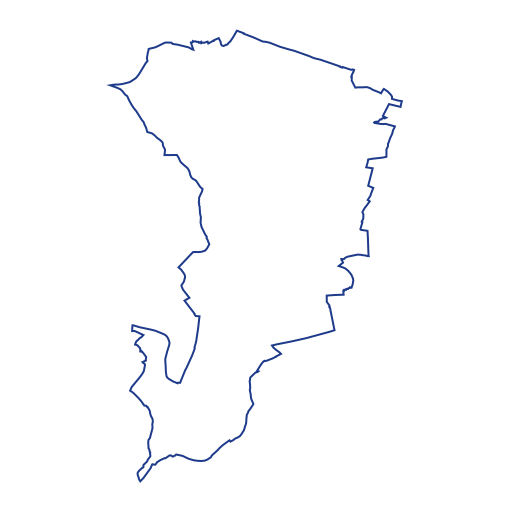 Ludus, Mures, Romania
{"feature_id": "2599482B95815218754215", "entity_name": "Ludus", "entity_type": "district", "adm_level": 2, "iso_a3": "ROU", "parent_name": "Romania", "parent_adm1": "Mures", "projection": "equal_earth", "projection_center": [24.067, 46.481], "detail": "fine", "context": "isolated", "style": "outline", "palette": "blue", "viewbox_px": 512, "rotation_deg": 0, "n_neighbors": 0, "source": "geoboundaries", "source_scale": "gbopen_adm2", "svg_char_len": 5994}
<svg xmlns="http://www.w3.org/2000/svg" viewBox="0 0 512 512"><path d="M258.4,371.3L257.1,370.8L261.0,364.5L263.3,361.6L264.4,360.8L264.8,361.1L266.2,360.9L272.2,358.6L276.0,356.7L275.9,356.5L281.0,353.9L279.7,352.5L275.7,349.6L273.5,347.6L272.0,345.5L277.0,344.3L291.2,341.5L306.0,338.2L329.9,331.7L334.5,330.2L330.6,310.9L330.1,308.2L329.7,307.8L329.9,307.6L329.4,306.7L329.6,306.6L329.4,305.4L326.8,301.9L326.7,295.6L334.7,295.0L343.6,294.7L343.3,290.8L344.1,290.8L344.1,289.9L345.8,289.9L345.8,289.4L346.3,289.3L346.4,288.9L348.1,289.0L348.4,288.2L349.8,288.0L350.0,287.3L351.5,287.7L352.7,284.2L353.3,280.6L352.9,278.3L351.3,274.6L348.4,271.0L345.7,268.7L343.4,267.6L338.7,266.0L343.0,262.7L341.9,260.1L341.4,259.8L341.3,259.0L343.7,259.1L344.3,258.8L345.0,257.9L347.5,256.7L357.6,254.6L361.0,254.8L362.7,255.2L365.0,255.4L367.7,256.1L368.7,256.1L368.5,255.3L367.9,237.7L367.5,230.8L361.1,229.9L360.4,229.4L360.4,229.2L362.4,222.2L361.7,221.8L361.7,221.5L363.1,219.2L363.3,217.9L363.4,214.6L363.1,213.6L362.5,212.6L362.6,211.6L364.7,208.0L366.6,205.6L369.7,201.3L367.7,200.0L370.5,195.6L371.0,193.8L373.3,187.9L368.2,185.8L372.7,168.3L366.2,167.3L367.5,163.0L368.2,159.5L371.9,158.8L382.7,157.6L386.4,156.8L386.5,149.2L387.7,146.9L388.0,145.9L388.0,143.7L388.6,142.6L390.1,138.2L392.1,134.0L393.1,130.2L394.4,127.7L394.9,126.4L385.7,123.9L382.4,124.1L379.7,123.8L374.4,122.9L374.1,122.5L374.8,122.0L375.3,122.0L375.9,121.7L376.7,122.1L377.2,121.6L378.1,121.7L380.2,119.4L381.5,119.4L382.5,118.2L383.3,118.0L384.6,118.4L386.1,117.7L384.6,117.0L382.9,115.9L389.0,104.1L400.5,106.9L401.8,101.1L398.2,100.6L392.0,98.9L392.0,96.6L390.8,94.7L387.8,91.6L383.9,88.9L383.3,89.5L381.0,93.3L378.8,92.2L372.7,89.8L370.6,88.4L367.7,87.3L365.8,87.1L363.4,87.3L358.6,87.3L355.3,87.6L351.7,80.5L351.8,76.8L351.3,76.7L352.2,74.1L352.7,73.3L353.3,72.1L353.3,71.7L353.6,71.4L354.1,69.9L353.9,69.8L352.2,69.4L351.8,69.7L351.1,69.8L342.6,67.0L342.4,67.6L341.3,67.3L339.8,66.7L339.9,66.4L323.7,60.8L320.4,59.7L313.8,58.1L309.2,56.1L293.9,50.7L288.9,49.4L280.1,46.8L269.9,42.8L265.8,41.8L263.2,41.6L262.2,41.3L254.2,37.7L243.7,33.7L243.8,33.3L243.1,33.0L236.9,30.7L233.2,37.1L230.3,41.4L228.3,43.2L227.9,44.0L226.8,44.8L226.0,44.7L224.4,45.7L223.6,46.0L222.0,45.6L221.3,44.7L220.9,43.8L220.6,41.8L218.7,38.1L213.6,40.4L213.6,41.0L212.8,41.0L208.3,43.5L207.6,41.6L204.7,42.6L203.4,42.8L202.6,42.5L201.2,43.3L201.0,43.0L201.1,42.2L201.0,41.9L200.6,42.3L200.0,42.2L199.5,42.7L198.9,42.8L198.3,41.8L196.7,41.9L196.2,41.8L195.6,41.3L193.6,41.5L193.0,41.2L193.0,41.7L192.8,42.1L192.0,42.4L191.5,42.3L190.9,42.5L193.3,49.7L191.7,49.1L188.7,47.4L177.8,44.7L173.1,44.0L172.6,43.9L171.5,42.7L166.5,42.5L164.8,42.7L157.6,46.3L154.7,47.5L148.7,48.9L148.3,51.2L147.8,52.7L146.9,58.2L147.5,61.1L145.8,63.0L139.7,73.1L138.2,75.3L136.5,77.4L135.6,78.3L130.1,81.9L129.1,82.3L122.4,84.0L118.5,84.5L114.3,84.6L110.2,85.3L117.2,87.8L120.6,89.4L122.9,91.7L125.1,94.6L127.3,96.2L129.0,100.1L131.3,104.3L133.4,107.6L136.5,111.5L141.7,119.8L143.6,122.1L144.9,125.4L146.0,127.5L147.3,132.0L152.1,133.4L155.0,135.7L157.0,137.8L159.4,139.5L162.0,141.7L162.7,142.9L163.0,145.7L164.9,149.3L165.0,150.5L164.5,155.1L176.9,155.0L178.4,157.3L180.4,161.6L181.2,162.6L184.3,165.4L187.4,168.0L188.9,170.3L189.7,172.5L190.1,174.5L191.3,177.3L192.7,178.7L195.4,180.2L196.5,181.3L200.1,186.8L202.6,189.0L202.0,191.5L199.1,197.6L199.1,199.7L198.8,202.4L199.2,203.1L199.0,204.4L199.3,205.8L199.6,206.3L200.0,213.0L200.2,214.4L200.9,217.2L200.6,222.3L200.7,223.4L201.5,226.9L205.2,234.5L206.8,236.8L206.5,237.9L207.5,239.8L209.3,244.3L207.1,248.3L205.2,250.6L201.5,251.8L198.0,252.1L196.4,252.0L193.0,252.1L178.5,267.4L180.8,269.3L181.6,270.3L183.8,273.3L184.7,275.0L185.0,276.2L185.0,277.5L184.0,281.3L183.0,283.1L181.5,285.1L181.5,286.2L183.1,289.8L189.4,297.8L184.5,300.6L194.6,313.8L194.5,314.4L195.7,316.0L199.5,316.3L198.1,328.4L196.1,341.8L194.5,347.4L194.8,348.2L194.0,350.6L192.1,355.5L186.9,367.0L185.7,369.4L185.4,369.7L180.1,382.8L178.0,382.7L177.6,383.3L173.0,381.4L168.5,378.7L167.1,377.3L166.5,376.1L165.9,372.0L165.6,364.8L165.3,361.5L165.3,358.8L167.2,351.4L169.2,345.1L169.5,342.9L169.3,341.8L168.0,338.2L166.8,336.4L165.3,335.0L163.1,333.9L155.6,330.8L151.3,329.7L139.5,327.2L133.6,325.4L132.5,325.3L132.2,328.7L132.2,331.1L134.7,331.0L143.4,335.0L141.3,337.2L139.5,338.3L138.4,339.6L136.4,341.3L135.4,343.5L135.1,344.6L137.3,345.2L139.3,347.3L140.2,348.5L140.3,351.5L141.3,351.7L141.7,351.2L143.8,353.7L146.2,357.1L145.7,359.9L145.9,360.5L142.5,362.1L143.5,363.2L144.4,363.6L144.8,364.2L145.0,364.9L143.9,370.8L143.3,372.1L142.1,374.1L140.0,377.0L131.7,387.0L130.1,390.7L132.9,392.5L138.1,397.6L141.4,401.4L144.3,405.6L146.1,405.7L147.2,407.1L147.6,407.0L149.7,410.7L150.3,414.0L151.0,416.1L152.5,418.9L152.7,420.0L152.8,422.2L152.4,423.6L152.3,425.1L152.5,427.2L152.4,428.6L150.0,437.7L149.9,438.1L148.5,439.9L148.3,441.7L148.2,443.7L148.4,444.7L148.5,448.2L149.4,449.8L149.6,451.6L150.2,452.2L150.2,452.8L150.0,453.5L150.3,454.7L150.3,456.4L148.3,459.0L147.6,460.1L147.2,461.4L143.6,464.8L143.3,465.8L143.5,466.8L143.4,467.1L143.2,467.5L142.1,467.9L138.8,471.1L137.9,472.4L137.6,473.1L137.6,474.1L137.9,475.6L138.7,477.6L138.9,478.7L139.4,480.0L140.3,481.3L143.6,477.8L150.5,468.3L152.2,464.4L152.6,464.2L154.3,464.7L155.4,464.6L157.2,462.1L160.2,460.2L164.5,458.2L165.4,458.3L169.6,455.4L170.9,455.4L172.7,456.6L175.0,455.6L176.2,454.5L182.6,455.9L188.7,458.8L193.9,460.3L197.6,460.8L201.5,461.0L204.9,460.6L207.1,459.7L210.9,457.3L211.8,455.5L217.0,450.8L219.8,447.8L222.7,445.2L229.5,440.3L230.5,441.6L233.1,440.2L235.3,438.5L237.9,437.4L239.9,436.1L241.6,434.0L243.1,431.5L243.6,430.9L244.2,429.4L244.7,427.8L244.7,427.2L245.4,425.6L246.2,422.8L246.3,420.1L246.8,414.8L248.0,412.7L248.4,411.2L250.1,409.1L253.3,404.2L253.3,403.7L251.1,398.6L250.6,394.0L249.8,390.1L250.2,388.0L250.0,384.0L249.6,381.0L249.9,380.6L250.2,377.9L250.5,377.3L255.4,372.6L257.3,372.1L258.4,371.3Z" fill="none" stroke="#1e3a8a" stroke-width="2"/></svg>